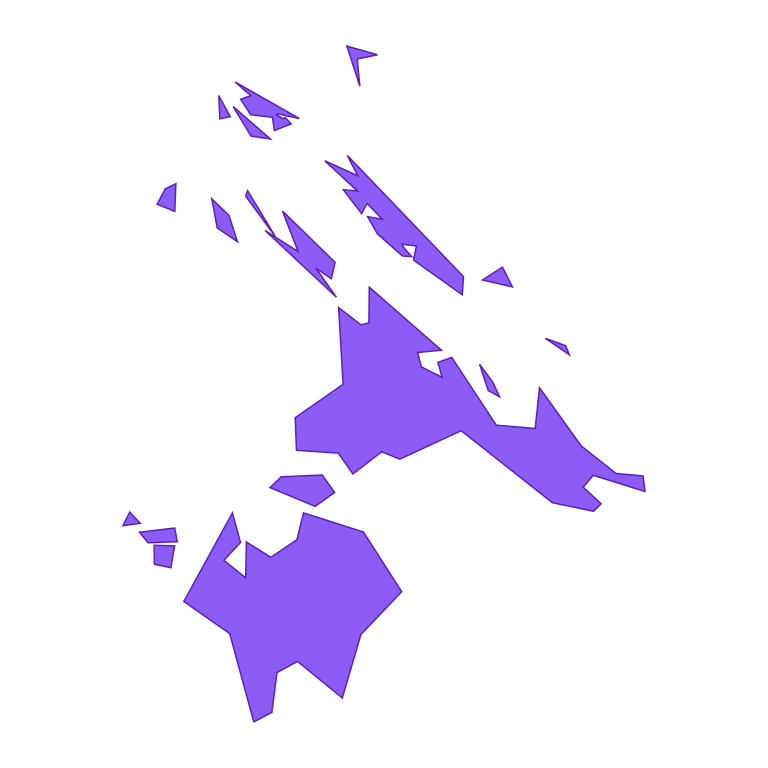 the district of Lingga, Kepulauan Riau, Indonesia
{"feature_id": "22746128B41866695352092", "entity_name": "Lingga", "entity_type": "district", "adm_level": 2, "iso_a3": "IDN", "parent_name": "Indonesia", "parent_adm1": "Kepulauan Riau", "projection": "orthographic", "projection_center": [104.45, -0.394], "detail": "medium", "context": "isolated", "style": "filled", "palette": "violet", "viewbox_px": 768, "rotation_deg": 0, "n_neighbors": 0, "source": "geoboundaries", "source_scale": "gbopen_adm2", "svg_char_len": 1940}
<svg xmlns="http://www.w3.org/2000/svg" viewBox="0 0 768 768"><path d="M441.4,350.2L369.3,287.2L368.9,322.7L361.1,324.9L338.6,307.6L343.1,384.3L295.2,417.7L296.5,450.3L338.3,453.1L352.9,474.0L381.6,451.8L399.9,459.1L461.1,430.7L552.4,502.7L593.6,511.3L601.1,503.7L583.2,487.2L593.2,475.3L645.0,491.5L643.1,475.9L616.0,473.5L581.2,445.9L539.5,387.7L535.2,428.5L496.3,425.2L451.7,357.4L437.9,362.4L442.1,377.3L421.4,366.9L417.6,352.5L441.4,350.2ZM363.4,532.0L303.5,512.9L296.9,539.7L270.9,557.3L246.4,542.0L245.7,577.9L223.9,560.3L240.5,542.5L232.4,512.9L183.8,601.5L229.7,633.6L253.8,721.9L271.9,712.4L276.9,672.6L297.5,661.4L342.3,698.0L360.9,634.5L401.7,591.7L363.4,532.0ZM463.5,276.7L347.3,155.4L357.8,175.8L324.8,160.8L357.3,191.0L343.3,189.7L361.6,213.6L367.1,203.4L382.2,219.2L367.7,216.7L377.4,233.9L402.5,256.0L411.7,256.6L403.4,247.2L402.3,244.2L416.4,246.0L413.5,260.1L462.3,294.8L463.5,276.7ZM282.5,211.0L298.1,251.6L265.1,230.5L336.4,297.2L315.9,268.2L331.3,278.7L335.1,262.4L282.5,211.0ZM299.4,118.6L235.1,82.0L250.8,95.6L240.7,99.3L250.7,114.8L272.4,117.3L274.4,130.5L291.2,123.9L285.1,117.6L283.6,118.8L276.5,115.0L277.0,113.7L299.4,118.6ZM322.2,475.0L281.3,476.8L270.0,487.6L315.2,506.4L334.6,492.4L322.2,475.0ZM270.4,139.0L233.1,106.5L251.0,136.1L270.4,139.0ZM237.5,241.8L229.0,215.5L211.8,198.8L217.2,227.9L237.5,241.8ZM174.7,528.0L139.5,532.2L148.0,542.8L177.3,541.7L174.7,528.0ZM175.9,183.7L165.3,188.8L157.1,204.3L174.8,211.3L175.9,183.7ZM154.1,545.3L154.4,564.3L170.9,567.7L174.6,545.8L154.1,545.3ZM377.5,54.8L346.9,46.1L359.8,86.1L357.3,59.0L377.5,54.8ZM275.3,236.5L247.6,190.7L245.6,196.1L275.3,236.5ZM512.4,286.9L502.4,267.1L482.5,280.0L512.4,286.9ZM565.6,345.7L545.3,338.3L569.4,354.8L565.6,345.7ZM140.2,523.3L129.7,512.1L123.0,525.6L140.2,523.3ZM230.2,116.6L218.8,95.6L219.8,118.8L230.2,116.6ZM499.6,396.8L492.7,382.1L479.6,364.3L488.2,390.5L499.6,396.8Z" fill="#8b5cf6" stroke="#5b21b6" stroke-width="1.5"/></svg>